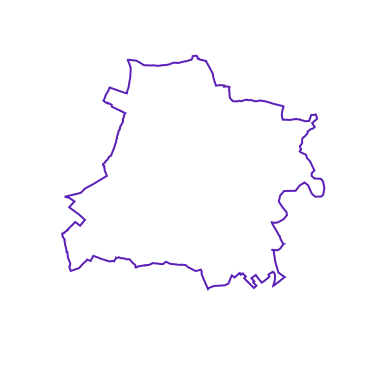 the district of Mihalt, Alba, Romania, rotated 208°
{"feature_id": "2599482B90708528056967", "entity_name": "Mihalt", "entity_type": "district", "adm_level": 2, "iso_a3": "ROU", "parent_name": "Romania", "parent_adm1": "Alba", "projection": "mercator", "projection_center": [23.75, 46.165], "detail": "fine", "context": "isolated", "style": "outline", "palette": "violet", "viewbox_px": 384, "rotation_deg": 208, "n_neighbors": 0, "source": "geoboundaries", "source_scale": "gbopen_adm2", "svg_char_len": 6003}
<svg xmlns="http://www.w3.org/2000/svg" viewBox="0 0 384 384"><g transform="rotate(208 192 192)"><path d="M241.0,314.3L247.8,312.5L248.3,313.0L249.4,312.3L250.5,313.8L251.3,314.0L251.9,314.5L255.2,312.3L254.7,310.9L254.6,309.7L254.6,308.5L255.3,308.1L256.3,306.9L257.9,305.3L260.5,303.3L264.7,299.4L267.7,298.2L268.6,297.7L269.7,296.8L271.0,295.1L273.1,293.0L275.2,291.5L278.1,289.8L279.5,288.6L280.2,288.1L281.6,287.3L285.4,285.8L288.8,283.8L291.4,282.7L293.1,281.7L295.1,281.3L295.8,281.6L302.6,281.9L310.5,278.8L310.7,278.4L309.2,277.2L306.0,274.4L304.6,273.0L303.9,272.0L300.4,264.3L298.8,259.5L297.1,254.5L296.9,253.1L296.7,251.3L295.8,248.6L299.2,247.8L313.8,245.6L313.6,244.0L313.4,241.4L313.6,239.4L313.8,237.2L313.1,234.0L313.2,233.1L313.0,231.0L312.0,231.0L311.4,230.7L310.8,230.6L308.2,230.6L308.2,231.2L303.9,231.3L303.7,230.7L302.8,229.7L287.9,230.3L288.1,229.4L288.1,228.7L287.7,227.6L287.7,227.0L287.5,226.5L287.6,226.1L287.2,225.2L287.3,223.8L286.7,223.3L286.5,222.5L286.1,222.0L285.8,220.9L286.1,219.5L285.8,218.3L286.1,216.7L285.7,214.7L285.3,214.3L285.5,213.3L285.1,212.7L285.4,211.5L285.2,210.5L284.8,209.5L284.9,208.8L284.5,208.1L284.3,205.8L283.3,203.7L283.4,203.1L283.3,202.0L282.7,201.2L282.3,199.5L282.3,198.1L282.0,197.3L282.0,196.9L281.7,196.1L281.8,195.8L281.6,195.1L281.3,193.8L281.5,193.0L281.2,192.2L281.1,190.2L281.0,189.8L280.9,189.4L280.9,189.0L280.9,188.6L280.5,186.2L281.3,185.1L281.3,184.7L281.5,184.3L281.6,183.9L281.8,183.2L281.9,180.7L282.4,179.7L282.5,179.4L282.4,179.0L282.7,178.2L282.8,176.7L283.7,174.9L283.7,174.7L282.7,173.7L281.6,173.8L281.1,172.4L280.6,172.2L280.0,171.5L279.7,170.5L274.7,166.3L282.9,152.6L286.4,147.4L288.5,144.1L288.4,143.7L289.5,139.9L289.7,139.5L290.2,138.7L298.2,131.5L302.2,128.0L298.1,129.1L296.7,129.1L291.3,128.5L291.4,128.0L293.3,120.9L292.4,120.7L281.4,119.1L277.8,118.3L273.4,117.1L275.0,109.7L277.6,110.1L281.0,110.7L284.2,100.2L283.8,100.1L285.0,97.7L285.8,96.3L285.6,95.9L287.1,94.3L286.2,93.1L285.6,92.6L285.1,91.7L284.1,91.1L282.9,90.7L282.2,90.3L281.8,89.7L281.7,89.0L281.4,88.4L280.6,87.9L280.0,87.1L279.6,86.2L276.8,83.3L276.4,82.6L275.8,82.0L274.6,80.1L273.7,80.4L271.5,76.8L269.5,74.7L266.3,72.1L265.7,71.4L265.1,69.2L265.4,68.9L265.1,68.1L262.0,65.4L256.3,71.4L255.9,72.0L254.9,76.4L253.7,80.0L253.2,81.0L252.8,82.7L252.8,83.1L249.1,83.5L249.2,86.2L249.2,87.4L249.2,89.3L246.8,89.6L244.5,90.0L242.1,90.2L239.4,90.6L232.1,92.0L231.6,92.3L231.0,93.0L230.4,93.5L230.0,93.8L228.3,94.1L228.0,97.2L227.9,97.9L228.2,98.4L227.6,98.5L226.6,99.2L225.7,100.1L225.4,100.2L225.1,100.2L224.8,100.0L223.7,100.1L222.7,100.6L222.0,101.2L221.8,101.2L219.9,101.6L219.2,101.7L218.8,101.7L218.3,101.8L217.3,102.3L216.6,102.8L215.6,103.3L214.6,102.9L211.0,101.6L210.0,101.3L208.7,101.1L208.3,101.1L207.8,100.8L206.9,99.8L206.8,99.3L206.6,99.0L206.3,98.9L206.0,99.0L205.4,99.7L205.0,100.6L204.5,101.1L204.2,101.3L203.2,102.1L202.1,103.0L201.3,103.5L199.9,104.8L199.3,104.7L199.2,104.8L199.0,105.0L198.8,105.5L198.2,106.0L197.9,106.1L197.4,106.2L196.6,106.9L196.0,107.2L195.3,107.9L195.3,108.2L194.9,108.5L194.4,109.2L193.7,110.1L193.3,110.8L193.0,111.0L190.7,111.7L189.5,112.5L186.3,113.4L184.0,114.6L183.5,115.0L182.7,117.4L182.3,118.1L181.1,118.3L178.9,118.2L176.9,118.6L169.6,121.5L167.8,122.3L167.4,122.8L164.5,124.0L163.3,124.5L160.4,123.8L152.3,123.9L151.4,124.2L150.5,124.9L147.7,127.6L145.8,126.0L145.2,124.3L141.6,121.2L132.3,113.8L132.1,115.1L128.4,119.4L119.2,125.0L116.8,128.4L117.3,132.4L117.7,137.0L114.2,136.5L113.6,138.3L112.2,142.2L111.8,142.9L111.3,142.7L111.2,142.4L111.1,142.1L110.0,141.8L109.0,144.0L106.1,143.1L104.7,142.5L105.5,140.4L102.0,139.3L92.3,136.3L91.2,139.3L91.1,139.5L95.5,140.9L95.6,141.0L95.0,142.3L99.1,143.7L96.7,148.7L96.2,148.4L95.9,148.1L95.7,148.0L94.9,147.8L94.2,147.4L92.2,146.4L91.0,146.0L88.8,145.2L88.0,144.6L86.9,146.5L86.0,148.4L85.1,150.5L83.9,153.7L84.7,154.3L85.7,155.0L85.2,156.0L83.4,159.2L82.9,158.9L82.1,159.5L81.1,158.9L80.2,158.1L79.2,156.6L78.4,155.4L77.4,152.7L76.8,150.5L76.4,147.6L76.2,147.2L73.4,153.2L70.2,160.4L73.6,160.8L77.8,161.5L78.0,161.6L82.6,166.3L84.1,167.8L86.2,170.1L89.3,174.4L92.7,179.0L93.7,178.4L93.9,178.6L92.1,179.6L89.8,180.2L89.4,180.5L89.0,181.2L88.3,181.8L87.4,184.0L87.1,187.9L86.6,189.0L86.8,188.9L91.5,191.8L92.2,192.6L94.4,194.6L95.2,194.7L98.8,197.2L102.5,199.3L106.3,201.8L107.1,202.5L107.3,202.7L104.7,203.5L102.2,205.2L100.9,207.1L98.3,211.0L97.3,216.2L99.1,218.6L105.5,221.3L110.8,224.3L112.5,230.2L111.2,236.1L101.1,241.7L99.9,248.5L97.2,253.2L92.7,252.5L85.5,246.8L81.1,245.7L75.8,248.6L74.9,251.2L76.9,257.5L81.1,262.7L84.2,264.2L90.3,261.4L94.0,262.4L95.1,265.0L94.0,268.4L102.3,274.6L106.3,275.9L108.8,278.4L114.6,278.1L116.0,278.4L116.1,279.6L115.7,280.9L115.8,281.1L116.7,281.6L118.1,282.9L118.3,283.4L117.8,285.1L117.8,287.4L118.9,288.7L119.6,291.0L119.6,291.8L118.9,293.3L118.3,294.7L117.6,298.1L118.0,299.5L118.3,300.0L118.0,300.3L117.1,302.1L116.8,303.0L115.5,304.3L114.9,305.1L114.2,307.1L116.1,308.0L118.2,309.3L117.9,309.7L117.3,312.0L116.7,313.2L115.9,315.5L119.2,318.6L120.8,317.1L122.9,316.0L122.1,310.6L121.8,309.9L125.0,307.7L128.1,307.1L129.8,306.7L131.2,306.7L131.8,306.2L132.6,305.7L134.3,305.5L135.3,304.5L135.9,304.4L139.0,301.8L145.9,298.5L148.8,302.0L150.3,305.6L151.2,310.3L151.3,310.5L152.1,310.5L157.9,309.1L158.5,308.8L159.5,308.6L162.1,308.0L165.7,307.4L171.2,306.1L173.6,305.1L175.5,304.4L176.3,303.6L176.6,303.1L179.9,301.3L180.2,301.4L183.1,301.1L184.4,299.9L185.7,299.3L186.4,299.4L186.6,299.3L187.0,299.2L187.2,298.9L188.7,298.0L189.6,296.9L190.4,295.8L191.8,295.0L192.8,294.9L193.6,294.3L193.8,293.9L194.3,293.6L194.8,293.1L195.3,292.9L197.8,291.7L198.7,291.4L200.0,291.8L202.6,292.9L203.4,293.7L206.2,298.4L206.9,298.8L207.4,299.8L208.2,302.3L211.5,301.3L212.0,300.8L213.1,300.0L213.6,301.2L216.7,299.9L217.8,299.3L220.7,297.2L222.7,299.0L224.6,300.8L225.4,301.8L226.4,302.7L227.0,303.3L228.7,305.4L229.0,306.1L239.4,313.1L240.8,313.7L241.0,314.3Z" fill="none" stroke="#5b21b6" stroke-width="2"/></g></svg>